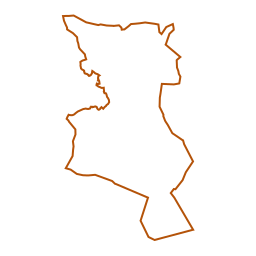 Afijio, Oyo, Nigeria (Robinson projection), rotated 271°
{"feature_id": "59680162B11241948791785", "entity_name": "Afijio", "entity_type": "district", "adm_level": 2, "iso_a3": "NGA", "parent_name": "Nigeria", "parent_adm1": "Oyo", "projection": "robinson", "projection_center": [3.925, 7.738], "detail": "fine", "context": "isolated", "style": "outline", "palette": "amber", "viewbox_px": 256, "rotation_deg": 271, "n_neighbors": 0, "source": "geoboundaries", "source_scale": "gbopen_adm2", "svg_char_len": 4083}
<svg xmlns="http://www.w3.org/2000/svg" viewBox="0 0 256 256"><g transform="rotate(271 128 128)"><path d="M35.5,142.2L19.4,150.4L16.5,156.5L27.3,194.4L27.4,194.9L59.2,175.5L63.7,171.9L67.8,174.9L67.6,176.5L76.8,183.5L84.8,186.6L95.7,193.6L112.8,184.4L116.5,183.3L116.5,183.2L123.6,172.4L131.8,167.7L135.3,165.3L136.3,164.8L140.5,163.1L141.9,163.2L149.8,159.2L158.9,159.3L163.0,159.9L172.7,161.1L172.4,173.1L173.4,178.3L173.5,178.5L180.3,179.5L183.0,177.9L185.9,177.3L189.4,175.9L190.1,175.9L196.6,175.5L197.2,176.0L199.9,179.1L212.0,164.2L212.7,164.5L222.9,167.8L227.0,172.0L229.0,171.8L232.7,171.0L229.6,164.5L222.5,159.9L224.4,157.7L232.0,156.6L232.6,153.2L233.8,143.3L232.9,137.8L232.3,132.7L232.0,129.2L229.8,126.8L226.5,122.7L226.5,122.1L226.2,120.0L228.3,119.6L230.5,117.2L229.8,111.8L229.9,111.7L230.1,104.9L231.1,98.8L230.4,96.5L230.5,96.0L231.2,92.5L232.4,86.9L232.9,84.4L239.2,72.3L239.5,71.7L239.0,66.7L239.0,64.8L238.8,61.1L234.2,62.1L230.0,64.0L227.4,65.3L225.5,65.4L221.9,71.3L217.9,75.5L214.1,75.9L212.3,76.6L211.2,76.9L207.6,77.6L205.9,78.7L200.9,83.6L198.8,84.0L195.9,85.0L195.4,83.7L194.8,81.7L194.2,80.6L193.2,79.2L192.4,79.3L191.9,79.4L191.1,79.5L190.4,79.5L190.1,79.4L189.8,79.4L189.0,79.5L188.3,79.7L187.3,79.9L186.7,80.0L186.3,80.4L185.7,81.0L185.4,81.6L185.2,82.2L184.9,82.6L184.6,83.1L184.3,83.2L184.1,83.2L183.8,83.2L183.6,83.1L183.4,83.2L183.1,83.3L182.9,83.5L182.6,83.5L182.4,83.6L182.2,83.7L182.0,83.8L181.9,83.8L181.8,84.0L181.7,84.2L181.7,84.4L181.6,84.6L181.6,84.8L181.5,85.0L181.4,85.3L181.4,85.6L181.4,85.8L181.2,86.0L181.2,86.3L181.1,86.5L180.9,86.7L180.7,86.8L180.6,87.0L180.4,87.2L180.4,87.3L180.2,87.3L180.0,87.5L179.9,87.6L179.8,87.9L179.6,88.0L179.4,88.1L179.5,88.8L179.8,89.0L180.0,89.3L180.3,89.9L180.7,90.2L181.2,90.4L181.5,90.6L181.7,90.8L181.8,90.9L182.0,90.9L182.1,91.0L182.4,91.1L182.8,91.1L183.4,91.1L183.9,91.2L184.4,91.3L183.4,92.8L182.0,94.4L181.3,96.7L180.1,98.5L179.5,97.5L179.3,97.4L179.1,97.4L178.7,97.4L178.1,97.2L177.9,97.2L177.5,97.2L177.1,97.2L176.7,97.2L176.4,97.2L176.3,97.4L176.1,97.7L175.9,97.7L175.7,97.6L175.3,97.4L175.1,97.3L175.1,97.6L175.1,97.8L174.9,97.9L174.7,98.1L174.6,98.3L174.4,98.4L174.2,98.4L173.7,98.5L173.0,98.6L172.4,98.7L171.8,98.8L171.6,98.1L171.5,97.3L171.6,96.7L171.9,96.1L171.1,95.8L170.1,95.8L170.0,96.1L169.9,96.5L169.1,97.4L168.7,98.2L168.5,98.8L168.4,99.2L168.0,100.0L167.6,100.9L167.6,101.0L167.7,101.7L167.7,102.4L167.8,103.0L167.6,103.0L167.4,103.1L167.1,103.1L166.9,103.1L166.5,103.1L166.1,103.2L165.4,103.3L164.7,103.4L164.4,103.4L164.2,103.4L163.9,103.5L163.6,103.5L163.4,103.5L163.4,103.4L163.1,103.5L162.9,103.6L162.6,103.8L162.4,103.9L162.4,104.1L162.4,104.8L162.4,105.1L162.3,105.3L161.9,105.5L161.6,105.7L161.1,105.9L159.9,106.2L158.6,106.6L157.5,107.5L155.7,108.4L153.5,108.7L151.6,107.6L151.4,107.2L150.4,106.0L149.6,105.6L148.7,104.4L146.8,102.9L147.2,102.4L147.7,101.9L148.1,101.4L148.4,101.1L148.1,100.8L147.8,100.7L147.6,100.4L147.4,100.1L146.7,99.8L146.4,99.6L145.8,98.7L145.7,98.4L146.0,97.9L146.1,97.7L146.3,97.4L146.7,97.2L147.1,96.9L147.3,96.8L147.6,96.6L147.8,96.6L148.1,96.4L148.3,96.4L148.6,96.2L148.7,95.9L148.7,95.7L148.8,95.5L148.8,95.4L148.8,95.2L149.0,94.9L149.0,94.7L148.8,94.3L148.7,93.9L148.7,93.7L148.5,93.4L148.4,93.2L148.4,92.9L148.4,92.6L148.4,92.4L148.3,92.2L148.5,92.1L148.6,91.9L148.5,91.6L148.5,91.3L148.5,91.0L148.6,90.8L148.4,90.7L148.2,90.5L148.2,90.3L148.1,90.2L147.9,90.3L147.8,90.2L147.7,90.1L147.3,90.0L147.0,89.8L146.8,89.7L146.6,89.0L146.6,88.8L146.4,88.4L146.3,87.6L146.4,87.1L146.4,86.6L146.5,86.2L146.6,85.8L146.7,85.5L146.6,84.9L146.5,84.7L146.2,83.0L143.6,77.5L141.8,75.2L141.0,74.4L140.5,73.7L140.3,73.3L140.0,72.6L139.8,71.8L139.8,71.0L139.8,70.7L139.8,70.4L139.9,70.0L139.9,69.3L140.2,68.4L137.9,67.2L136.1,66.5L134.4,68.4L133.4,68.8L126.5,74.7L125.7,75.4L120.6,75.6L113.9,73.2L113.2,73.2L112.8,73.3L108.6,73.9L105.5,73.5L105.4,73.5L99.0,73.1L86.7,66.5L85.4,71.4L81.2,77.6L80.0,83.7L79.9,87.1L79.9,89.3L80.6,95.9L80.5,96.3L74.7,113.1L72.0,116.0L71.7,117.1L58.7,149.2L35.5,142.2Z" fill="none" stroke="#b45309" stroke-width="2"/></g></svg>